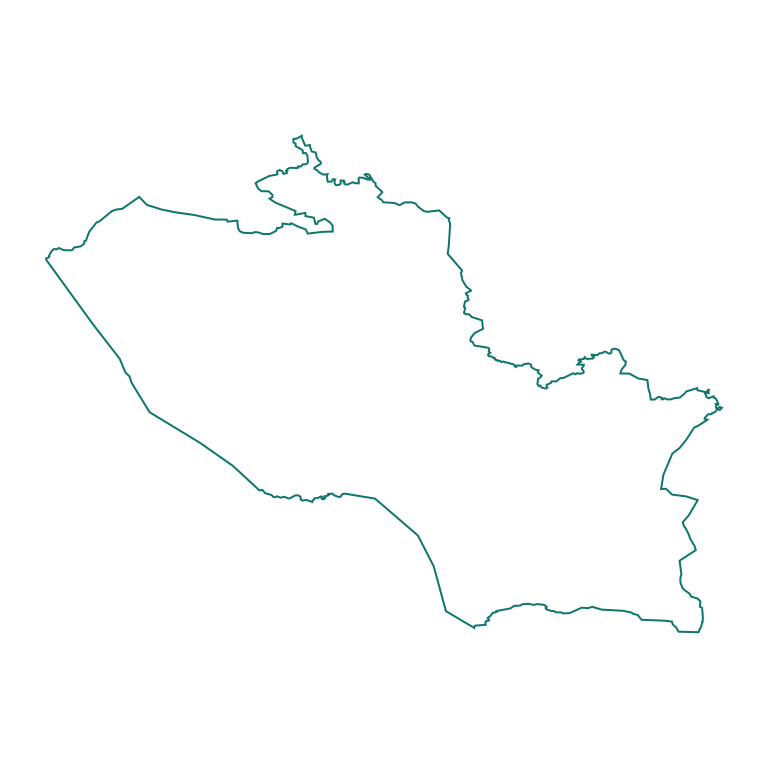 the district of Medumu pag., Daugavpils, Latvia
{"feature_id": "27541924B97158301114039", "entity_name": "Medumu pag.", "entity_type": "district", "adm_level": 2, "iso_a3": "LVA", "parent_name": "Latvia", "parent_adm1": "Daugavpils", "projection": "equal_earth", "projection_center": [26.374, 55.776], "detail": "fine", "context": "isolated", "style": "outline", "palette": "teal", "viewbox_px": 768, "rotation_deg": 0, "n_neighbors": 0, "source": "geoboundaries", "source_scale": "gbopen_adm2", "svg_char_len": 6105}
<svg xmlns="http://www.w3.org/2000/svg" viewBox="0 0 768 768"><path d="M619.1,350.2L616.0,348.9L613.3,348.7L611.4,350.1L611.3,352.7L610.3,353.5L609.0,353.6L605.9,351.8L604.5,351.6L602.1,353.1L599.4,353.3L597.3,355.2L591.6,354.7L591.6,355.3L594.1,357.2L593.0,358.5L587.0,359.0L584.6,357.1L583.9,359.0L579.1,359.4L578.5,360.3L580.7,361.1L581.1,361.7L579.0,362.8L577.5,364.6L583.8,364.7L583.6,365.8L581.9,368.1L582.0,369.4L583.6,371.0L583.7,372.3L583.1,373.0L579.9,373.8L577.3,373.2L575.4,374.3L573.3,373.2L563.6,377.9L560.2,378.2L556.5,381.3L551.6,381.3L550.8,383.0L546.7,384.8L546.4,385.8L547.4,387.7L546.1,388.6L541.9,387.6L540.1,385.5L538.8,386.1L537.4,384.0L538.1,378.9L540.4,377.4L541.7,375.7L538.0,372.7L537.7,371.7L538.6,370.4L534.6,369.3L531.3,367.0L531.0,364.6L528.5,363.5L523.7,364.2L522.3,365.7L516.8,365.5L516.1,366.1L516.1,367.0L515.6,366.9L514.7,366.3L514.9,365.4L513.1,364.1L510.4,363.8L509.2,362.9L504.9,362.3L503.7,361.6L500.9,361.9L500.1,360.8L497.7,360.9L497.4,360.1L496.2,360.2L495.0,359.4L494.7,357.9L493.2,357.9L491.9,356.6L488.9,356.1L488.1,355.2L488.2,354.2L490.3,352.9L488.7,351.6L489.3,349.7L488.4,347.8L474.6,345.6L472.4,341.8L470.7,341.3L470.3,340.3L471.0,337.6L474.5,333.1L483.0,328.8L482.1,320.4L471.9,317.1L469.1,314.3L465.9,314.2L464.0,312.9L465.2,307.7L463.9,306.8L465.1,301.4L467.2,300.8L468.6,299.6L467.6,297.4L468.0,295.8L466.1,294.3L465.9,293.3L470.9,290.8L470.8,290.2L466.4,286.8L462.4,280.2L460.9,272.7L461.9,271.5L461.9,270.3L447.7,253.8L448.8,245.5L450.1,224.8L450.1,223.5L448.7,219.9L449.4,218.4L446.8,217.4L439.2,210.4L427.3,211.8L423.8,211.1L418.1,206.7L415.5,203.5L411.4,202.3L404.2,202.5L399.6,205.2L394.4,203.0L383.3,202.3L381.9,200.2L377.7,197.2L382.3,192.3L382.1,191.8L375.7,185.9L375.5,183.3L373.0,181.3L371.5,178.2L370.1,176.7L369.8,175.3L368.5,174.3L366.0,174.0L364.8,174.6L368.0,177.7L369.7,178.2L370.0,179.7L366.5,179.4L363.5,177.8L359.3,177.6L358.4,178.9L358.9,181.2L358.7,183.3L354.6,183.2L352.9,182.2L347.9,184.4L345.9,184.5L344.5,183.9L343.9,182.2L344.5,181.9L344.0,180.8L340.8,180.4L340.4,181.0L340.8,182.9L340.1,184.4L336.7,185.3L335.8,185.1L334.7,183.5L334.5,181.1L335.2,179.5L333.0,179.1L331.5,181.6L328.0,181.7L327.5,180.9L326.8,175.5L327.5,174.2L323.3,174.6L319.2,172.5L317.3,170.4L314.5,168.8L314.4,167.9L314.9,167.3L320.6,163.9L320.9,163.1L320.5,161.7L318.6,160.3L316.6,157.1L315.7,152.5L311.7,151.5L309.9,146.4L309.9,145.1L305.4,145.7L305.0,145.2L301.7,137.5L301.7,135.8L296.4,138.7L293.4,138.9L293.4,142.3L295.7,143.9L295.6,146.1L302.5,150.1L303.1,153.2L305.8,153.0L307.5,155.7L307.9,162.5L307.6,163.1L305.8,164.3L302.8,164.3L300.8,166.6L298.0,166.4L297.7,168.0L290.0,167.8L287.3,169.1L287.4,170.7L286.1,170.8L286.9,173.0L283.6,173.9L282.1,170.9L279.4,170.1L277.0,171.4L277.4,174.4L269.1,176.0L257.4,181.8L255.6,183.2L258.1,188.6L261.5,191.2L268.6,191.3L272.5,195.0L272.5,196.9L269.5,198.7L275.3,202.6L295.5,211.0L294.8,214.8L305.3,212.9L305.5,216.1L313.9,217.7L315.3,223.7L316.9,224.1L318.3,221.4L324.9,218.8L330.3,222.6L332.6,225.6L332.8,231.5L322.0,231.9L307.8,233.6L305.8,229.5L298.5,226.8L291.1,223.2L290.2,224.5L282.4,223.5L282.4,226.8L279.0,228.0L277.0,228.0L276.1,230.9L270.1,233.9L263.3,234.1L258.0,232.3L254.6,232.1L252.1,233.2L243.4,232.8L239.9,231.3L238.0,228.1L237.3,220.6L227.7,221.6L226.7,219.6L214.7,219.5L194.3,215.0L175.1,212.3L161.5,209.5L146.9,204.9L139.2,196.9L122.4,208.7L115.6,209.7L111.9,211.1L99.3,221.5L96.6,222.4L89.2,231.8L85.9,240.7L84.4,241.1L84.0,243.9L80.5,246.4L74.2,247.5L72.4,249.9L70.6,250.4L63.6,250.1L59.0,248.0L56.5,249.4L54.2,249.0L52.4,250.2L50.6,252.8L48.9,256.0L49.3,256.6L48.8,257.4L46.1,258.5L46.3,259.9L92.9,324.2L119.7,358.8L125.3,372.3L129.5,376.4L131.6,382.8L149.6,412.2L200.4,443.1L232.9,465.9L259.3,490.3L262.5,490.0L265.0,493.1L271.5,495.0L273.4,497.0L275.1,497.2L277.1,496.3L280.4,497.7L284.4,496.8L288.1,498.3L289.8,498.4L295.0,495.5L298.0,495.3L300.2,496.5L300.8,497.9L300.6,499.3L301.9,500.5L306.5,500.0L312.3,502.0L312.6,500.6L313.6,500.1L314.3,498.4L318.0,497.9L320.6,496.5L321.8,496.7L321.5,498.2L322.0,499.0L324.0,499.1L325.2,497.8L324.0,497.2L324.3,496.3L327.7,495.7L328.6,495.0L328.0,494.1L328.3,493.7L330.0,494.1L332.1,493.5L334.5,495.5L339.2,497.1L340.7,496.5L342.2,494.2L344.6,493.6L375.0,498.6L417.9,535.5L433.8,566.5L445.9,611.1L474.2,627.9L474.7,626.1L475.3,625.6L485.7,624.8L485.4,622.2L486.5,620.9L488.9,620.7L489.2,620.0L487.7,618.2L487.9,617.7L490.3,616.1L492.5,612.9L495.3,612.4L495.6,611.7L496.7,611.8L496.7,611.0L510.4,608.4L514.1,605.9L520.1,605.6L522.5,604.2L528.7,603.8L533.5,604.9L537.5,604.1L544.3,604.9L546.7,606.9L546.6,607.6L545.6,608.1L546.3,609.3L551.5,611.0L553.7,611.0L556.3,612.4L560.9,612.3L563.1,613.4L569.6,613.1L581.6,607.7L588.2,608.1L592.2,606.8L601.6,609.6L623.2,610.8L631.8,612.7L633.0,613.8L637.7,615.0L641.6,619.8L665.1,620.7L671.9,621.6L672.8,624.6L675.9,627.1L678.7,631.7L698.4,632.2L701.3,626.1L702.2,622.0L702.6,622.1L702.9,617.6L702.1,607.9L700.0,606.8L700.3,601.1L697.4,598.5L691.2,596.6L689.3,593.5L683.8,589.6L682.4,587.7L680.5,583.0L680.3,578.2L681.4,574.5L679.6,560.7L695.8,550.1L694.6,546.1L690.2,538.8L688.7,534.3L685.7,528.4L683.9,526.0L682.7,522.3L689.0,515.1L697.7,500.1L686.2,496.4L672.1,494.6L666.0,488.8L661.1,489.0L663.4,474.8L672.4,453.5L679.6,448.0L686.5,439.4L694.1,427.6L698.1,425.8L707.4,419.7L704.6,418.8L704.9,417.7L707.6,414.8L708.9,414.0L710.7,414.4L711.8,413.9L712.1,413.1L715.0,412.1L716.8,409.9L716.7,409.1L719.9,409.9L721.9,407.8L719.7,406.9L718.1,408.3L716.4,408.3L715.9,407.0L716.6,405.5L715.7,404.2L717.2,403.8L718.1,404.5L718.4,404.0L716.3,399.3L715.4,398.3L713.7,397.6L713.6,396.3L708.4,398.2L706.7,397.3L704.9,393.0L705.9,392.3L707.7,393.3L708.7,393.0L708.4,391.4L708.9,389.9L708.2,389.7L706.8,391.8L705.6,392.1L697.8,390.3L697.0,389.4L697.1,388.2L686.4,391.4L684.6,393.6L679.8,397.6L674.7,398.1L670.5,399.4L667.1,399.4L665.0,398.3L662.8,399.4L661.8,399.3L662.2,397.9L658.6,396.8L654.7,399.5L650.8,399.6L650.0,394.0L648.4,388.5L647.4,380.1L638.3,378.5L629.4,373.6L620.4,373.5L621.5,369.6L625.5,364.8L625.4,362.9L626.0,361.7L623.6,360.0L619.1,350.2Z" fill="none" stroke="#0f766e" stroke-width="2"/></svg>